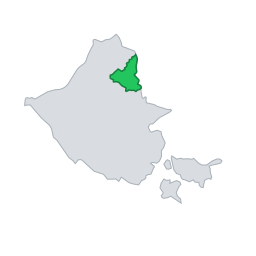 where Valga sits in Estonia, rotated 222°
{"feature_id": "EST-2349", "entity_name": "Valga", "entity_type": "County", "adm_level": 1, "iso_a3": "EST", "parent_name": "Estonia", "parent_adm1": "", "projection": "mercator", "projection_center": [26.16, 57.869], "detail": "fine", "context": "in_parent", "style": "filled", "palette": "green", "viewbox_px": 256, "rotation_deg": 222, "n_neighbors": 0, "source": "natural_earth", "source_scale": "10m", "svg_char_len": 4099}
<svg xmlns="http://www.w3.org/2000/svg" viewBox="0 0 256 256"><g transform="rotate(222 128 128)"><path d="M199.6,189.6L198.8,189.8L194.6,189.1L189.9,186.8L187.8,185.0L185.8,185.1L183.4,186.2L174.6,189.5L172.5,188.7L167.5,185.5L164.9,182.0L159.3,175.0L158.9,173.3L158.1,172.0L152.1,170.2L149.9,167.6L148.0,167.3L145.3,166.0L138.3,160.4L136.5,159.9L136.1,160.8L136.2,162.1L135.8,162.9L134.9,162.9L133.3,160.8L131.3,159.0L125.2,162.4L123.0,163.3L121.1,163.5L111.4,168.0L108.5,170.4L107.3,170.1L107.6,167.9L111.6,156.6L112.3,147.6L113.8,146.4L114.2,145.1L113.6,142.2L109.4,140.4L107.7,140.6L106.2,143.7L104.6,146.0L100.9,147.3L97.8,145.0L90.4,141.8L88.5,137.6L88.0,133.4L84.1,129.3L82.5,124.5L83.1,121.1L86.7,118.9L87.7,116.9L83.2,117.2L82.3,116.8L82.1,115.0L80.1,109.1L81.9,106.7L82.7,104.4L81.2,102.5L81.6,100.2L82.7,98.0L82.0,92.8L86.5,90.0L90.8,88.0L100.0,87.0L99.1,82.2L102.8,82.0L109.0,76.2L115.2,77.2L124.2,73.2L141.4,73.3L143.8,71.0L143.4,68.7L143.4,66.2L146.7,66.9L152.1,66.5L172.4,71.3L177.4,71.3L184.3,76.3L188.1,77.5L199.1,77.5L216.1,79.7L219.4,76.4L219.7,75.5L221.3,77.4L223.4,80.4L223.9,82.1L223.2,83.1L221.2,84.0L220.7,84.9L219.8,86.4L217.4,86.7L216.2,87.9L214.7,92.9L211.9,101.3L207.8,107.6L204.5,111.1L203.0,113.7L202.1,116.9L201.9,120.1L205.0,137.5L205.0,140.6L204.3,143.8L203.7,147.1L204.2,149.9L206.3,154.7L208.5,161.9L209.4,166.4L210.9,168.1L212.3,169.3L212.6,170.1L212.5,170.9L211.8,171.8L205.4,174.2L204.5,176.2L203.8,178.4L201.0,181.8L200.2,184.8L199.7,188.4L199.6,189.6ZM55.3,126.7L57.5,128.1L59.5,127.6L61.5,126.6L65.9,127.6L75.9,134.7L76.8,136.6L70.8,137.5L69.5,139.6L68.1,141.2L66.4,141.7L63.5,144.7L59.6,147.6L58.8,149.4L51.7,149.1L47.8,150.2L44.7,153.4L43.4,159.7L41.1,164.6L38.8,166.4L36.4,166.6L35.8,164.8L36.1,163.0L41.2,156.0L42.2,153.8L39.7,152.8L37.6,150.4L32.9,147.5L32.1,145.3L33.2,145.1L34.2,144.4L35.4,142.5L36.0,140.3L32.3,133.9L34.2,132.9L36.6,133.1L39.0,135.0L41.6,132.8L42.8,132.5L44.6,133.3L46.5,129.0L51.0,127.6L53.2,126.3L55.3,126.7ZM64.6,114.6L62.1,117.5L60.7,116.3L59.9,114.9L56.7,121.5L53.0,122.6L50.9,121.3L51.1,118.9L49.0,112.4L45.9,110.5L41.4,110.4L38.2,107.7L50.6,105.9L51.9,102.8L54.4,99.6L56.3,99.2L57.9,100.0L58.2,102.5L58.6,103.5L64.2,104.9L66.4,109.1L67.2,114.2L64.6,114.6ZM77.4,130.8L74.9,131.4L68.9,127.2L70.3,124.4L72.0,123.3L77.1,125.1L77.8,129.3L77.4,130.8Z" fill="#d9dde1" stroke="#a8b0b8" stroke-width="1"/><path d="M147.0,167.8L146.2,167.7L145.6,167.3L144.9,166.5L144.8,166.0L144.7,165.6L145.3,164.5L145.5,163.9L145.7,163.4L146.5,162.1L146.5,161.6L146.5,161.1L146.5,160.6L146.8,160.3L147.6,160.2L148.1,160.2L148.6,160.2L149.1,159.8L150.0,158.8L151.1,157.8L152.7,157.0L153.0,156.7L153.1,156.3L152.9,156.0L152.9,155.7L153.0,155.4L153.2,155.1L153.6,154.8L153.7,154.5L153.7,154.2L153.9,154.0L154.3,154.0L155.1,154.6L155.5,155.2L155.9,156.0L156.3,156.4L157.2,156.4L157.8,156.1L160.6,155.3L165.7,155.7L166.2,155.4L166.9,154.9L167.4,154.8L168.0,154.3L169.2,152.9L169.5,152.6L169.9,152.6L170.3,153.1L170.6,153.4L171.1,154.1L171.5,154.0L172.1,153.8L172.5,153.6L174.2,153.0L174.8,153.5L175.1,153.8L175.7,154.3L176.0,154.6L176.5,155.6L175.9,156.2L175.8,156.5L175.6,157.1L175.3,158.3L175.3,158.8L175.3,159.4L175.3,160.5L175.2,161.5L175.0,162.3L174.8,165.2L171.4,165.8L170.3,166.1L170.2,166.4L170.2,166.9L170.2,167.4L170.1,168.1L169.7,168.7L169.5,169.1L169.5,169.6L170.4,169.9L170.7,170.5L170.3,171.6L170.3,171.8L170.4,173.6L171.2,174.3L172.0,174.6L172.3,175.1L172.3,175.5L172.2,176.2L171.9,176.6L171.7,176.8L171.4,177.0L171.4,177.3L171.6,177.8L171.7,178.4L171.9,178.7L172.3,179.0L172.6,179.4L172.7,179.8L172.5,180.2L171.9,180.8L171.4,181.8L171.4,182.0L171.8,182.5L172.5,183.2L172.5,183.5L172.3,183.9L172.1,184.1L171.5,184.6L171.3,184.9L171.4,185.1L171.5,185.4L171.6,185.6L171.4,186.9L171.5,187.7L169.1,186.7L168.7,186.5L167.4,185.6L166.4,184.4L163.5,179.6L162.5,178.5L159.1,175.6L158.9,174.9L158.8,173.7L158.9,173.2L159.0,172.9L159.2,172.5L159.1,172.0L158.8,171.7L158.5,171.5L152.1,171.0L151.3,170.2L150.9,169.1L150.6,167.9L150.2,167.1L149.7,167.1L149.4,167.2L147.7,167.8L147.0,167.8Z" fill="#22c55e" stroke="#15803d" stroke-width="1.5"/></g></svg>